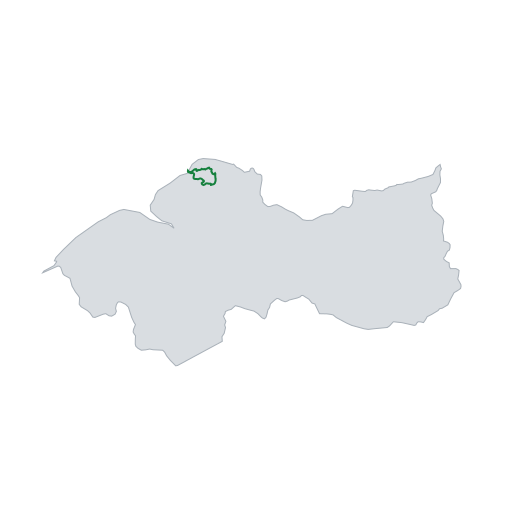 VI-1 East Berbice/W.Canje, East Berbice-Corentyne, Guyana (highlighted), rotated 280°
{"feature_id": "73187651B47242148474539", "entity_name": "VI-1 East Berbice/W.Canje", "entity_type": "district", "adm_level": 2, "iso_a3": "GUY", "parent_name": "Guyana", "parent_adm1": "East Berbice-Corentyne", "projection": "robinson", "projection_center": [-57.533, 6.069], "detail": "fine", "context": "in_parent", "style": "outline", "palette": "green", "viewbox_px": 512, "rotation_deg": 280, "n_neighbors": 0, "source": "geoboundaries", "source_scale": "gbopen_adm2", "svg_char_len": 5653}
<svg xmlns="http://www.w3.org/2000/svg" viewBox="0 0 512 512"><g transform="rotate(280 256 256)"><path d="M166.1,237.6L155.6,224.3L145.0,210.9L134.6,197.8L133.9,196.0L138.3,189.8L142.2,185.3L145.5,182.7L147.0,180.5L145.8,170.8L145.9,167.4L144.4,163.6L143.3,159.4L144.6,155.8L146.2,153.4L148.2,152.4L153.1,151.6L156.5,151.2L157.8,149.8L159.8,148.2L162.4,148.1L167.5,149.2L169.8,147.1L174.0,144.2L183.5,139.2L185.7,136.0L187.2,131.0L187.0,128.6L186.0,127.7L183.7,126.9L180.1,126.8L177.2,128.1L174.2,127.3L171.7,124.3L171.6,121.7L173.1,118.1L172.2,115.7L167.5,108.0L167.5,105.9L171.0,102.5L172.9,99.6L175.6,92.6L177.7,90.3L184.3,89.5L186.0,88.0L189.4,84.3L194.4,80.1L201.7,76.7L203.7,70.6L205.0,68.9L210.8,65.7L211.8,64.0L211.6,62.5L202.4,48.8L204.3,49.7L211.4,58.7L215.4,60.6L216.2,60.6L216.2,58.3L219.9,59.3L229.2,65.4L243.0,75.5L262.3,94.7L267.7,101.9L271.4,105.4L277.2,113.7L278.9,117.8L278.7,134.0L273.6,145.0L272.3,153.2L272.1,164.2L269.1,170.5L273.0,167.1L274.3,157.2L277.6,151.2L281.9,144.6L287.7,143.0L294.0,145.8L299.0,146.3L303.4,148.2L312.9,158.8L322.1,167.2L325.4,173.9L335.2,177.2L341.0,182.5L342.8,187.1L344.0,199.0L342.1,217.1L342.6,218.0L339.9,221.6L339.5,223.9L337.8,227.9L336.4,230.0L338.4,235.0L340.6,235.3L341.4,235.9L342.0,236.9L341.8,237.9L341.0,238.9L338.9,240.1L336.9,243.0L337.1,246.2L335.8,247.8L331.8,248.7L323.9,248.7L320.0,248.9L316.9,249.5L314.9,251.5L312.3,253.0L310.2,253.3L308.4,255.7L306.7,259.1L307.3,261.4L309.1,264.5L310.2,267.7L308.8,272.8L307.2,276.8L306.3,279.8L305.0,285.6L302.0,292.0L299.8,295.7L299.8,299.6L300.9,305.3L307.1,313.5L309.2,317.4L310.9,323.6L316.4,328.6L320.0,332.6L319.6,337.9L320.1,339.5L322.3,340.9L324.9,341.9L327.9,341.8L330.5,341.3L331.1,340.6L337.2,340.5L337.9,341.8L338.2,349.4L338.5,352.5L339.9,353.7L340.8,355.6L340.8,357.3L341.1,361.6L342.0,363.8L341.9,368.4L342.5,370.0L344.2,371.2L346.3,374.4L347.1,374.8L347.5,376.0L349.3,380.6L350.2,382.0L350.9,382.2L351.1,383.8L352.4,388.2L353.3,389.2L355.0,392.4L355.7,395.9L358.0,399.8L360.2,402.5L361.3,405.4L364.2,411.7L367.0,416.1L370.9,417.3L374.1,417.9L376.1,419.6L378.1,421.4L375.9,422.3L374.0,423.4L371.4,422.5L367.8,423.0L364.0,424.3L360.4,424.9L353.8,422.9L351.8,422.6L350.4,421.8L347.7,417.8L346.4,417.4L342.9,419.2L338.6,420.5L336.5,420.2L334.0,421.6L331.8,423.3L327.4,430.9L325.1,433.6L322.7,434.9L317.9,434.8L312.7,435.1L308.8,436.9L305.2,437.9L303.4,438.0L302.8,442.2L301.9,444.1L300.8,445.2L298.0,445.6L295.4,445.4L293.9,443.7L291.0,442.8L288.5,442.2L286.9,441.2L285.5,441.4L284.4,443.2L283.6,444.7L282.8,447.4L279.0,448.3L277.3,449.8L278.3,455.0L277.8,457.0L277.0,458.5L272.4,458.8L268.4,458.7L266.1,460.6L263.3,462.8L261.6,463.2L259.5,463.1L256.9,460.5L254.3,457.4L247.7,455.2L241.2,453.4L236.9,448.4L235.9,445.9L233.9,444.8L228.8,438.9L226.0,435.1L223.0,434.1L219.5,432.5L219.7,429.7L219.4,427.1L217.9,426.0L215.8,425.3L215.1,423.8L215.3,420.3L215.7,411.3L215.1,402.7L210.4,399.7L208.4,397.7L204.9,385.0L203.2,379.3L203.1,375.0L204.3,362.3L205.7,356.8L209.3,345.8L211.4,342.1L211.5,339.3L211.3,335.7L210.2,328.6L216.3,324.2L219.0,322.3L219.4,319.3L222.7,315.5L224.1,311.9L225.3,309.1L225.0,307.6L223.6,306.8L221.9,304.1L218.4,296.3L217.1,294.8L216.0,292.6L216.6,289.1L217.9,285.4L217.8,283.9L215.7,281.9L211.3,278.5L207.7,278.3L204.9,277.1L200.8,276.9L197.5,276.5L195.6,275.3L196.0,273.2L196.8,271.7L199.6,267.8L201.4,263.6L201.7,259.5L202.2,254.2L203.1,249.5L203.5,244.3L199.1,240.8L197.8,238.0L196.0,235.5L194.0,235.5L191.0,234.4L186.4,237.7L182.7,237.1L180.2,238.4L174.4,238.1L170.6,236.5L166.1,237.6Z" fill="#d9dde1" stroke="#a8b0b8" stroke-width="1"/><path d="M322.9,203.1L323.4,203.1L323.9,203.0L324.5,202.9L325.0,202.9L325.4,202.6L325.9,202.5L326.4,202.3L326.8,202.2L327.4,202.1L327.9,201.9L328.7,201.8L329.9,201.7L330.4,201.3L330.0,201.0L329.6,201.1L329.2,200.7L329.2,200.2L329.3,199.6L329.4,199.1L329.7,198.6L330.2,198.5L330.6,198.3L330.9,197.9L331.3,197.4L331.9,197.3L332.4,197.3L332.9,197.2L333.5,197.3L333.9,196.9L333.9,196.2L333.9,195.7L333.9,195.2L334.3,194.8L334.4,194.6L334.8,194.5L334.7,194.0L334.4,193.5L334.0,193.2L333.7,192.8L333.4,192.3L333.2,191.8L332.7,191.4L332.4,191.1L332.5,190.4L332.7,189.9L332.4,189.3L332.2,188.9L332.2,188.4L332.3,187.9L332.4,187.3L331.7,186.9L331.4,186.6L331.2,186.1L330.9,185.7L330.8,185.1L330.8,184.5L330.5,184.0L330.0,183.7L329.7,183.3L329.5,182.9L329.8,182.4L330.2,182.3L330.7,182.3L331.1,182.1L331.0,181.6L331.0,181.1L330.7,180.7L330.4,180.2L329.9,179.8L329.4,179.4L329.0,179.1L328.7,178.8L328.2,178.4L327.8,177.9L327.4,177.6L327.3,177.1L327.3,176.5L327.3,175.9L327.2,175.4L328.2,174.2L327.7,174.2L327.2,174.4L326.8,175.0L326.6,175.7L326.6,176.1L326.8,176.3L326.4,177.1L326.3,177.3L326.3,177.8L326.5,178.3L326.6,178.8L326.7,179.5L326.6,180.1L326.3,180.5L325.9,180.8L325.5,180.9L325.0,180.9L324.5,180.9L323.9,180.8L323.3,180.8L322.9,180.8L322.4,180.9L321.9,181.0L321.5,181.4L321.3,181.8L321.3,182.3L321.3,182.9L321.4,183.5L321.5,184.0L321.6,184.6L321.5,185.1L321.6,185.7L321.8,186.1L322.1,186.5L322.4,186.9L322.7,187.6L322.7,188.1L322.6,188.7L322.4,189.3L322.1,189.8L321.8,190.2L321.5,190.7L321.2,191.4L320.8,191.7L320.3,191.7L319.9,191.5L319.5,191.1L319.3,190.6L318.9,190.3L318.4,189.9L318.0,190.0L317.6,190.2L317.2,190.6L317.0,191.1L316.9,191.6L316.8,192.1L317.2,192.6L317.5,193.1L317.8,193.4L318.2,193.7L318.6,194.0L318.9,194.5L319.0,195.0L319.0,195.5L319.1,196.0L319.0,196.6L319.0,197.2L319.1,197.7L319.3,198.2L319.3,198.7L319.1,199.2L318.6,199.2L318.2,199.3L318.3,199.8L318.6,200.2L318.9,200.7L319.1,201.2L319.3,201.7L319.7,202.2L320.2,202.5L320.6,202.8L321.1,202.9L321.5,202.9L322.0,203.0L322.4,203.1L322.9,203.1Z" fill="none" stroke="#15803d" stroke-width="2"/></g></svg>